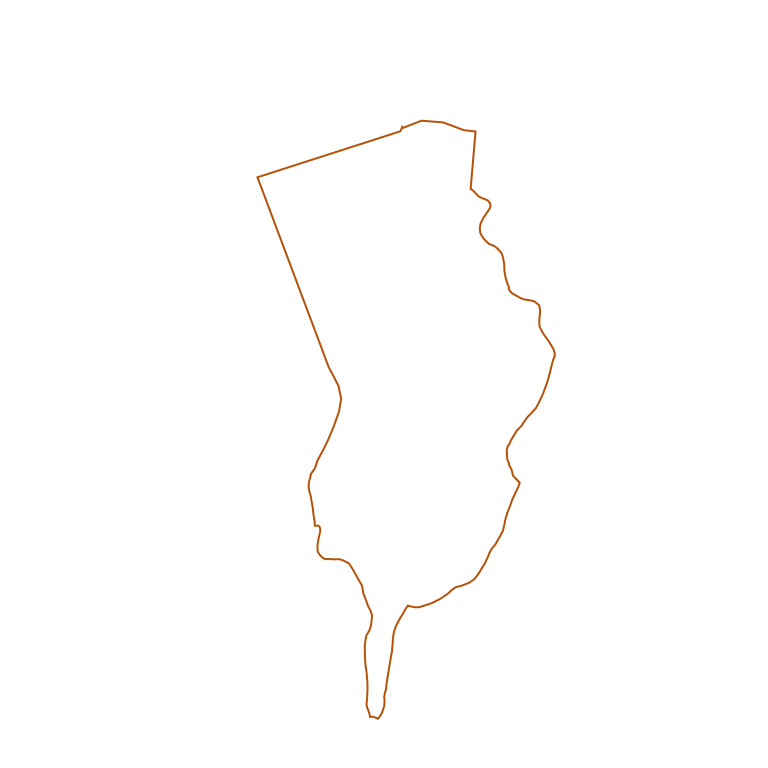 the district of Bara Bara, Dennery, Saint Lucia, rotated 46°
{"feature_id": "8701671B88887342435419", "entity_name": "Bara Bara", "entity_type": "district", "adm_level": 2, "iso_a3": "LCA", "parent_name": "Saint Lucia", "parent_adm1": "Dennery", "projection": "equal_earth", "projection_center": [-60.931, 13.959], "detail": "fine", "context": "isolated", "style": "outline", "palette": "amber", "viewbox_px": 768, "rotation_deg": 46, "n_neighbors": 0, "source": "geoboundaries", "source_scale": "gbopen_adm2", "svg_char_len": 3765}
<svg xmlns="http://www.w3.org/2000/svg" viewBox="0 0 768 768"><g transform="rotate(46 384 384)"><path d="M332.2,190.8L331.9,189.2L331.3,186.8L330.8,185.0L329.1,183.0L328.0,182.4L327.4,182.2L324.9,181.9L323.9,181.8L320.9,183.2L319.4,183.9L318.7,184.2L314.8,185.6L311.6,185.6L306.1,185.6L303.9,186.2L285.9,165.6L265.9,142.7L264.4,144.0L257.1,150.1L236.8,159.8L220.6,174.2L212.9,192.6L211.8,192.4L213.6,196.6L147.4,331.4L254.6,377.9L333.8,412.2L338.8,413.6L342.4,414.6L353.6,418.0L359.8,421.9L364.8,425.0L372.5,435.4L377.5,445.4L379.4,449.2L385.4,463.1L386.8,466.8L388.8,472.4L392.8,484.9L395.6,490.2L397.0,493.6L397.1,494.3L397.8,498.9L399.8,501.6L402.1,505.7L405.4,509.5L409.1,512.2L413.0,514.1L416.2,516.3L419.0,518.2L422.1,520.3L424.6,522.0L429.4,525.8L433.9,528.8L434.5,529.2L435.3,529.9L437.8,532.2L438.3,531.8L440.4,529.6L442.1,529.6L442.5,529.8L443.7,530.4L445.1,531.6L445.4,531.9L447.7,535.3L449.9,538.7L452.1,541.6L454.2,544.4L458.7,548.2L460.6,548.6L462.1,548.9L465.4,548.9L466.8,548.6L468.8,548.2L472.5,544.4L474.3,542.8L474.7,542.5L479.2,537.6L483.2,535.7L488.8,533.8L496.1,535.3L505.0,537.7L505.7,537.9L513.6,539.8L518.1,542.8L520.4,544.4L523.2,545.5L525.1,546.3L532.7,549.7L537.8,551.2L541.8,553.1L544.0,555.4L546.5,558.4L548.7,561.3L549.1,561.8L551.1,565.6L551.7,567.8L552.7,571.6L555.1,574.8L555.6,575.4L556.3,576.4L558.9,579.6L562.4,582.9L562.9,583.4L565.4,585.7L572.2,591.7L579.5,597.0L586.5,602.7L586.9,603.0L592.2,608.0L598.6,614.8L600.7,617.2L602.6,619.4L605.1,620.9L606.7,621.5L609.6,622.8L612.4,624.3L612.8,624.6L613.7,625.3L615.3,623.3L619.3,621.2L620.6,621.0L620.3,618.2L619.5,615.3L619.1,613.9L616.0,607.8L612.6,603.9L609.4,601.4L606.7,597.8L605.9,596.3L605.3,595.0L603.9,593.3L601.7,590.9L601.1,590.0L595.4,582.4L590.5,575.9L590.0,575.2L586.7,570.7L584.0,567.1L583.7,566.7L581.9,563.9L579.7,561.6L579.2,561.0L576.9,558.2L573.8,555.0L570.5,550.8L569.6,549.6L568.5,547.6L566.5,543.7L565.7,541.3L564.7,538.2L563.8,535.6L563.5,534.7L563.4,533.9L562.1,528.8L560.9,525.2L560.8,524.7L560.0,520.7L561.1,520.3L566.2,516.7L567.0,515.9L568.9,513.9L572.2,507.3L572.5,506.8L574.7,502.0L576.3,497.3L577.8,491.9L578.7,486.7L579.1,484.3L579.2,481.6L579.2,479.0L579.7,475.1L579.9,474.4L580.2,473.2L582.5,469.1L583.4,467.5L586.0,461.1L587.1,455.3L586.7,451.1L585.7,446.0L584.4,441.5L583.9,439.4L583.2,436.2L581.2,431.1L580.6,429.4L579.1,426.4L577.6,421.9L577.2,419.2L576.7,415.1L574.3,407.0L572.2,400.4L568.3,394.4L567.6,393.4L566.5,392.1L564.1,387.9L562.4,384.9L559.2,377.8L557.4,374.3L556.2,371.9L553.7,365.3L551.1,358.5L550.4,357.1L549.5,355.1L548.7,354.9L539.7,354.9L538.2,354.0L534.7,352.0L534.2,351.7L533.3,351.5L529.9,350.6L527.5,349.1L525.6,348.4L524.1,347.8L521.0,345.3L520.2,344.5L516.8,341.6L515.1,339.0L514.6,337.9L514.5,336.1L512.7,331.7L512.4,330.8L511.4,326.9L511.0,325.3L509.8,321.2L509.6,315.9L509.6,313.5L509.0,311.7L508.6,310.1L507.5,304.0L507.2,296.3L507.0,293.3L506.9,291.9L506.9,291.4L504.1,283.1L501.1,275.6L496.9,266.9L495.4,264.1L491.3,257.1L487.9,251.8L487.4,251.0L484.1,245.5L482.8,242.2L480.3,239.7L476.2,237.7L468.6,236.0L468.1,235.9L459.4,234.6L455.2,233.7L450.8,232.2L449.7,231.3L448.4,230.3L444.2,226.0L443.3,224.9L442.1,223.3L439.9,220.9L437.8,219.4L436.2,218.3L434.7,217.7L432.6,218.0L430.8,218.2L429.7,218.4L428.7,218.6L426.4,220.1L424.7,221.2L422.1,223.2L420.2,224.6L417.4,225.9L416.3,226.3L414.7,226.8L411.6,227.7L409.8,228.2L408.0,228.8L405.0,228.8L403.0,228.4L400.5,226.5L399.9,226.3L398.1,225.8L392.2,222.8L386.5,219.0L380.8,213.9L375.8,210.7L373.6,209.4L370.6,208.4L368.8,208.4L368.3,208.4L365.7,208.2L361.4,208.8L359.9,209.5L356.3,211.1L351.7,211.4L351.1,211.4L348.0,211.3L346.0,210.8L344.4,210.5L341.9,209.6L338.1,206.5L335.8,203.3L333.6,197.5L332.2,190.8Z" fill="none" stroke="#b45309" stroke-width="2"/></g></svg>